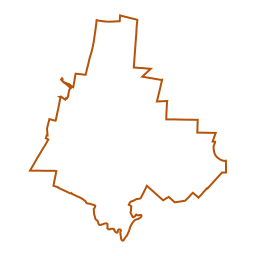 the district of Focsani, Vrancea, Romania
{"feature_id": "2599482B48178817196706", "entity_name": "Focsani", "entity_type": "district", "adm_level": 2, "iso_a3": "ROU", "parent_name": "Romania", "parent_adm1": "Vrancea", "projection": "mercator", "projection_center": [27.2, 45.699], "detail": "fine", "context": "isolated", "style": "outline", "palette": "amber", "viewbox_px": 256, "rotation_deg": 0, "n_neighbors": 0, "source": "geoboundaries", "source_scale": "gbopen_adm2", "svg_char_len": 5662}
<svg xmlns="http://www.w3.org/2000/svg" viewBox="0 0 256 256"><path d="M123.6,240.1L124.0,239.7L124.3,239.0L124.8,238.2L125.4,237.4L126.1,236.4L126.7,235.9L126.9,235.6L127.1,235.2L127.6,234.1L128.2,232.8L128.7,231.7L129.0,231.1L129.3,230.1L129.7,228.6L130.1,227.4L130.5,226.3L131.7,224.2L132.7,222.5L133.0,222.2L133.3,221.7L133.7,221.3L134.3,220.6L134.5,220.4L135.5,219.8L135.9,219.6L136.7,219.4L137.9,219.0L138.3,218.9L138.6,218.8L138.9,218.6L139.3,218.3L140.7,217.3L141.1,216.9L141.3,216.6L141.4,216.0L141.4,215.7L141.4,215.4L141.2,215.2L140.9,214.9L140.7,214.9L139.4,215.1L138.5,215.3L137.8,215.4L137.4,215.2L137.0,215.0L136.5,214.6L135.7,214.9L135.6,215.2L135.4,215.7L135.2,216.1L134.9,216.3L134.5,216.4L134.2,216.6L134.0,216.9L133.9,217.0L133.5,217.2L133.2,217.3L132.9,217.1L132.7,216.9L132.5,216.6L132.3,216.3L132.1,216.0L132.1,215.7L131.9,215.4L131.6,214.9L131.3,214.3L131.1,213.9L130.7,213.1L130.6,212.8L130.5,212.4L130.6,212.0L130.8,211.2L130.9,210.8L131.0,210.5L131.1,209.9L131.0,209.3L131.0,208.6L131.0,208.2L131.1,207.8L131.2,207.5L131.3,206.3L130.4,205.7L129.8,205.2L128.8,204.7L129.3,203.7L130.0,202.5L130.4,202.0L130.7,201.8L131.1,201.5L131.8,201.2L132.8,201.0L133.6,200.6L134.6,200.1L135.7,199.5L136.6,199.1L138.9,198.8L140.2,198.4L140.6,198.2L140.8,198.0L141.1,197.5L142.0,195.7L146.9,185.8L163.1,200.3L165.1,199.1L165.7,198.7L166.3,198.3L166.7,198.0L167.6,197.6L168.7,196.9L172.9,200.6L174.7,202.3L175.1,202.2L175.8,202.2L177.6,201.9L181.5,201.3L183.4,201.0L183.7,200.9L184.9,200.9L186.8,199.0L187.9,198.1L188.3,197.7L189.1,196.7L189.6,196.1L190.4,195.3L191.0,194.6L191.7,193.9L192.9,192.8L194.8,194.4L196.4,195.8L197.0,196.3L198.1,197.3L198.5,197.7L202.3,193.6L202.6,193.1L204.7,190.8L205.7,189.7L207.2,188.1L207.6,188.4L222.0,172.5L226.0,172.5L226.0,167.0L225.9,160.8L225.6,160.9L225.2,160.9L224.3,160.8L223.4,160.7L222.7,160.6L221.6,160.2L220.0,159.4L218.7,158.5L217.8,157.8L216.8,157.0L216.3,156.4L215.7,155.6L214.7,153.8L214.5,153.1L214.1,151.4L213.8,150.2L213.8,149.3L213.7,148.9L213.6,148.4L213.6,147.9L213.5,147.3L213.5,147.0L213.6,146.6L213.7,145.8L213.9,145.4L214.0,145.2L214.7,143.2L214.9,142.9L215.1,142.2L215.1,141.7L213.8,141.6L212.6,141.5L214.9,135.2L215.7,132.9L197.3,132.6L197.5,126.1L197.7,119.8L188.2,119.7L181.0,119.6L177.5,119.5L174.0,119.4L167.7,119.4L166.3,119.4L166.4,113.9L167.0,102.5L167.1,101.5L167.2,101.0L156.9,101.5L159.4,91.3L162.1,79.7L161.2,79.8L160.6,79.8L157.2,79.2L154.7,78.8L150.0,78.0L146.0,77.3L142.9,76.8L142.3,76.7L142.8,76.2L149.0,70.4L150.7,68.8L147.9,68.6L144.8,68.3L141.2,68.0L138.7,67.9L136.5,67.7L134.9,67.6L133.8,67.5L134.5,57.7L134.6,56.3L134.9,52.3L135.4,45.7L135.5,43.9L136.3,33.7L136.6,27.7L136.9,24.0L137.4,20.0L137.2,19.8L136.2,19.5L129.4,17.8L128.2,17.5L125.4,16.8L122.5,16.1L120.1,15.4L119.7,21.2L119.2,21.3L117.8,21.3L110.3,21.7L108.6,21.7L106.4,21.6L102.8,21.2L102.2,21.1L100.7,20.9L99.3,20.7L98.9,20.7L98.4,20.6L97.6,20.3L97.0,20.2L96.6,20.2L96.3,23.4L95.8,27.3L95.1,32.5L94.5,36.3L93.8,41.6L92.9,46.1L92.0,50.0L91.5,51.9L91.1,53.3L90.7,54.7L90.3,56.0L89.6,58.3L89.1,60.4L88.7,62.1L88.3,64.0L88.0,65.1L87.6,66.8L87.1,68.3L86.7,70.0L86.7,70.5L85.6,74.8L77.9,73.9L77.6,73.9L75.6,73.7L73.7,84.8L73.2,87.3L72.9,87.2L72.1,86.7L71.3,85.9L69.1,84.1L68.1,83.8L67.8,84.2L66.9,83.5L66.1,83.0L65.8,83.4L64.5,82.5L63.5,81.8L62.8,81.1L62.3,80.6L61.9,79.9L61.6,79.8L62.6,79.0L62.0,78.3L61.2,79.4L61.5,79.9L63.4,82.2L64.8,83.1L67.6,85.3L68.9,86.4L69.9,87.4L70.8,88.1L69.5,89.4L69.3,89.9L69.1,90.8L68.5,93.6L68.4,93.7L68.2,95.3L68.4,95.4L67.8,97.1L67.3,97.4L67.2,98.0L66.8,98.6L66.1,98.2L65.8,99.0L65.2,99.7L60.9,96.5L60.4,96.8L59.7,96.9L60.0,97.1L60.2,97.4L60.3,97.6L60.3,98.5L59.9,99.9L59.6,101.7L58.8,106.0L57.4,112.4L55.7,120.5L55.2,120.7L49.4,119.1L47.7,125.7L47.0,128.7L47.2,131.1L47.3,132.4L47.5,135.0L47.0,134.7L46.8,135.2L46.7,135.4L46.7,135.8L46.5,136.2L46.3,136.9L45.8,138.2L46.9,138.7L47.4,138.9L48.3,139.5L45.5,144.5L44.3,146.5L42.4,149.4L41.0,151.9L37.3,157.9L35.3,161.5L35.1,161.9L30.0,170.6L34.8,170.7L39.9,170.7L44.9,170.8L49.3,170.8L53.9,170.8L54.9,170.8L55.3,170.9L55.7,171.0L56.3,171.1L55.0,178.1L54.4,180.8L53.7,184.4L53.6,185.2L53.5,185.8L58.2,187.3L58.2,187.7L60.7,188.9L62.3,189.7L63.1,190.0L63.9,190.4L66.3,191.5L70.0,193.3L70.7,193.4L71.5,193.1L71.6,193.3L71.6,193.5L72.1,193.9L74.2,194.9L74.3,195.0L75.2,195.4L76.4,196.0L77.5,196.5L78.1,196.7L79.5,197.3L80.6,197.8L82.5,199.1L83.2,199.4L83.7,199.7L84.1,200.3L85.1,200.9L85.6,201.4L86.1,202.2L86.4,202.9L87.2,203.4L88.6,203.6L89.8,203.7L90.6,203.9L91.8,204.4L94.9,205.4L95.3,205.9L95.0,207.0L94.7,207.7L94.5,208.1L93.9,208.8L93.7,209.4L93.9,210.8L94.0,211.8L93.9,212.9L94.0,213.3L94.3,214.7L94.8,216.3L95.1,217.6L95.3,218.6L95.4,218.9L95.8,219.4L96.1,219.7L96.4,219.9L96.8,220.2L97.5,220.9L97.8,221.3L97.9,221.6L98.0,222.1L98.3,223.1L98.8,224.4L99.0,224.6L99.2,224.8L99.7,225.0L100.2,225.0L101.1,224.8L101.4,224.6L102.0,224.5L102.2,224.4L102.9,224.3L103.5,224.0L104.4,223.6L104.8,223.5L105.3,223.4L105.8,223.4L106.4,223.4L106.9,223.6L107.2,223.8L107.4,224.0L107.5,224.3L107.5,225.1L107.5,225.8L107.5,226.5L107.6,227.2L107.4,227.8L107.3,228.2L107.6,228.5L108.2,229.0L109.0,229.4L109.5,229.4L110.1,229.2L110.7,228.9L111.0,228.8L111.7,228.8L112.1,228.7L113.0,228.8L114.0,229.1L114.2,229.3L114.3,229.5L114.3,230.1L114.3,230.5L114.6,230.9L115.1,231.4L115.6,232.1L115.9,232.3L116.5,232.7L116.9,232.7L117.3,232.6L117.5,232.4L117.7,232.1L117.9,230.5L118.2,230.0L118.7,229.5L119.3,229.4L119.8,229.4L120.3,229.6L120.8,230.1L120.9,230.5L120.6,231.1L120.6,231.3L120.4,231.6L120.3,232.3L120.4,233.4L121.1,238.7L121.5,239.8L122.0,240.3L122.4,240.6L122.7,240.6L123.0,240.6L123.6,240.1Z" fill="none" stroke="#b45309" stroke-width="2"/></svg>